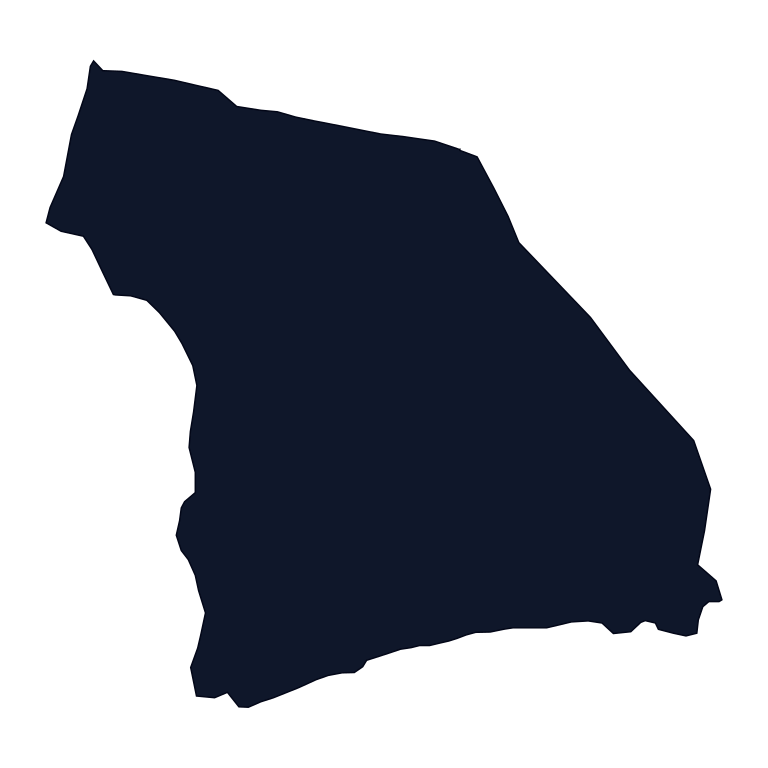 Pyla, Larnaca, Cyprus
{"feature_id": "46923920B48961032543563", "entity_name": "Pyla", "entity_type": "district", "adm_level": 2, "iso_a3": "CYP", "parent_name": "Cyprus", "parent_adm1": "Larnaca", "projection": "albers", "projection_center": [33.691, 35.003], "detail": "fine", "context": "isolated", "style": "filled", "palette": "ink", "viewbox_px": 768, "rotation_deg": 0, "n_neighbors": 0, "source": "geoboundaries", "source_scale": "gbopen_adm2", "svg_char_len": 1515}
<svg xmlns="http://www.w3.org/2000/svg" viewBox="0 0 768 768"><path d="M46.1,222.8L61.2,231.3L83.4,236.2L92.0,249.5L103.1,273.0L113.4,294.5L115.5,294.9L130.7,295.8L146.8,300.3L159.5,312.7L174.7,331.3L182.1,343.7L192.8,365.6L196.9,385.5L193.6,411.9L190.4,431.4L189.1,447.5L195.3,472.3L195.3,492.6L184.6,501.7L181.3,507.9L179.6,520.7L176.3,535.2L181.3,550.5L188.3,559.6L195.3,575.3L198.6,590.6L205.5,612.9L200.6,635.7L197.7,648.1L190.7,667.5L196.5,696.0L214.6,697.7L227.4,692.3L238.9,706.8L246.2,707.1L248.4,707.2L260.7,701.8L273.5,697.7L298.7,687.6L316.0,679.7L328.2,675.4L342.1,672.8L354.3,672.5L362.7,666.7L366.6,660.3L390.1,652.7L400.4,649.2L411.2,647.6L419.6,645.5L429.6,645.5L439.6,643.1L448.8,641.0L457.0,638.4L466.2,634.9L475.7,632.3L490.2,632.0L504.4,629.1L512.9,627.8L527.1,627.8L546.6,627.8L571.4,621.9L588.2,620.9L602.0,623.0L613.4,633.5L630.8,631.7L640.7,622.4L645.2,620.6L655.4,623.0L658.4,629.3L673.4,633.2L686.0,635.9L696.8,633.2L698.3,619.9L702.8,606.7L708.8,601.6L719.0,601.6L720.8,600.5L721.9,599.8L716.1,580.9L697.6,564.8L704.5,530.8L710.6,489.2L693.7,440.6L629.5,370.2L590.5,317.5L518.8,242.6L508.1,216.4L493.9,188.3L477.1,156.9L459.8,150.4L459.9,149.3L459.2,149.4L434.6,141.1L418.4,138.8L404.7,136.8L380.6,134.0L324.6,122.9L314.0,120.9L295.7,117.1L277.4,111.8L260.8,110.3L236.7,106.5L218.1,90.4L195.8,85.3L174.4,80.3L147.0,75.7L121.9,71.4L102.8,70.7L93.6,60.9L90.4,66.3L87.1,88.7L78.1,115.9L71.5,134.5L63.6,176.5L50.1,207.5L46.1,222.8Z" fill="#0f172a" stroke="#020617" stroke-width="1.5"/></svg>